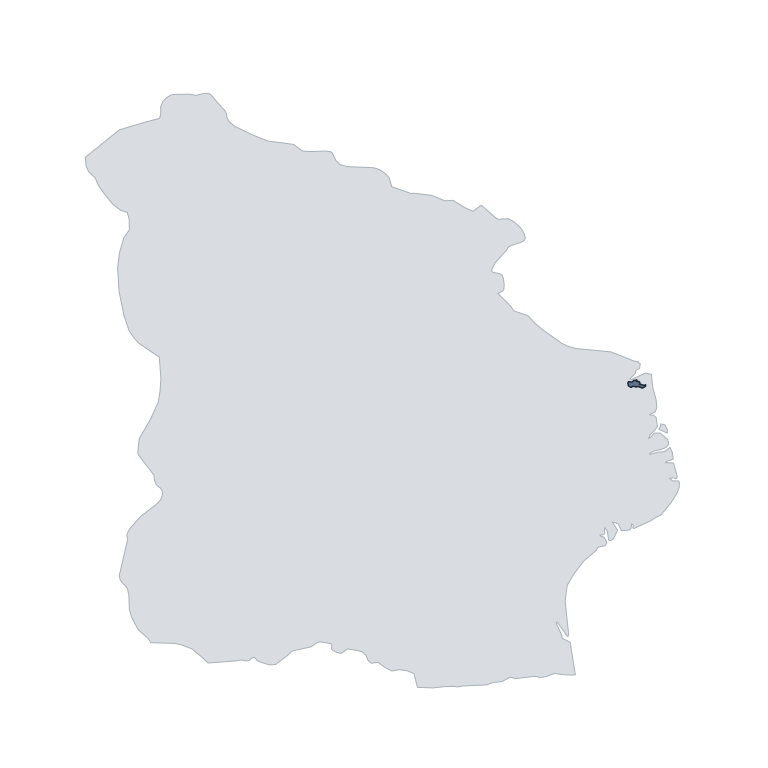 Okobo, Akwa Ibom, Nigeria shown in context, rotated 264°
{"feature_id": "59680162B18997887117478", "entity_name": "Okobo", "entity_type": "district", "adm_level": 2, "iso_a3": "NGA", "parent_name": "Nigeria", "parent_adm1": "Akwa Ibom", "projection": "robinson", "projection_center": [8.124, 4.821], "detail": "fine", "context": "in_parent", "style": "filled", "palette": "slate", "viewbox_px": 768, "rotation_deg": 264, "n_neighbors": 0, "source": "geoboundaries", "source_scale": "gbopen_adm2", "svg_char_len": 4601}
<svg xmlns="http://www.w3.org/2000/svg" viewBox="0 0 768 768"><g transform="rotate(264 384 384)"><path d="M640.6,110.5L664.5,147.5L669.6,175.0L671.6,188.5L675.5,190.1L682.9,190.9L688.3,193.6L691.6,198.1L693.6,202.3L694.0,204.8L692.5,221.2L690.7,227.2L691.8,235.3L691.5,238.8L690.7,241.2L687.4,243.9L683.0,246.6L672.3,254.4L669.2,255.6L664.7,255.8L660.8,257.8L656.2,262.0L646.3,277.8L637.9,293.6L631.7,319.2L624.2,327.2L622.9,334.3L621.8,350.3L620.6,355.1L619.4,356.6L611.3,359.6L606.7,363.3L603.9,370.5L600.4,395.1L599.1,399.2L596.5,403.5L592.3,408.1L588.8,410.6L579.4,412.3L570.6,430.8L570.5,434.1L566.7,450.9L559.9,463.6L559.4,471.8L550.9,482.9L546.5,490.5L551.1,498.5L551.4,499.7L536.8,513.2L535.9,515.2L535.4,524.5L534.2,527.0L531.5,530.4L527.6,534.1L523.6,537.1L519.0,539.1L514.6,539.8L512.2,538.6L510.8,535.8L508.3,524.5L507.1,522.0L504.2,519.8L493.0,507.3L486.1,502.9L484.6,503.2L483.5,504.4L481.6,510.7L479.7,513.0L476.1,513.8L469.8,513.9L465.3,513.0L464.2,511.8L462.0,506.8L448.0,518.2L443.1,520.8L436.9,534.3L428.1,541.0L422.0,546.8L405.7,565.2L402.4,570.6L399.2,578.6L392.2,613.1L380.9,634.7L379.4,639.2L378.8,639.1L377.3,641.0L372.9,639.8L371.0,635.8L368.3,635.1L363.6,629.3L362.6,630.2L367.5,645.1L365.7,650.9L351.9,651.0L340.1,653.0L331.9,652.8L327.8,650.7L326.0,645.1L325.3,645.7L324.9,648.7L322.3,651.1L313.1,651.5L309.1,647.7L305.8,643.4L302.3,641.5L302.9,643.3L306.9,647.5L306.4,653.5L299.0,660.4L294.3,660.8L291.4,657.8L289.9,652.9L289.2,645.7L287.3,641.0L286.2,641.0L287.5,648.8L287.5,656.1L291.0,661.8L285.7,663.6L279.2,663.8L278.4,661.7L277.6,657.0L276.4,655.7L275.1,663.7L261.8,665.9L259.9,665.6L259.5,664.1L260.5,661.9L260.3,658.3L257.4,661.1L256.9,666.6L255.2,667.5L250.2,666.7L244.7,663.9L235.7,656.9L224.7,645.6L222.9,640.5L219.8,634.3L214.1,617.2L215.1,616.4L217.7,617.3L218.9,615.7L214.3,614.5L213.4,613.3L213.1,609.5L213.3,604.8L220.2,602.4L221.8,599.6L222.8,596.8L214.2,601.0L206.3,596.2L204.5,593.2L205.4,591.0L214.7,590.8L217.9,588.6L215.9,587.9L212.4,587.9L211.1,586.5L211.2,583.0L210.1,583.7L208.6,586.9L203.2,589.2L200.0,586.9L199.7,581.8L199.0,579.5L196.4,577.7L187.0,564.1L175.1,552.9L164.6,545.1L148.7,541.4L115.4,541.5L113.6,540.5L115.6,538.7L118.5,537.5L129.3,531.2L127.5,530.4L116.3,534.3L112.5,534.7L107.6,542.2L74.8,543.9L74.9,540.4L76.4,530.5L78.4,523.6L76.2,515.3L75.7,507.8L77.1,505.4L77.5,502.6L77.3,483.3L79.0,480.4L79.1,478.4L75.7,470.2L75.8,463.9L75.1,457.8L74.0,455.0L75.4,431.4L75.0,425.6L76.1,421.4L76.7,411.2L76.6,401.3L78.8,385.6L92.9,383.5L96.3,377.3L98.3,369.5L97.7,361.8L102.2,355.0L107.8,349.0L107.6,342.4L109.1,340.4L111.7,338.9L115.5,338.1L119.6,334.8L122.0,329.1L124.3,319.9L120.7,313.5L120.8,312.1L122.2,308.6L124.4,305.2L126.2,304.1L130.2,305.0L131.5,303.6L134.2,293.5L134.0,290.7L130.2,283.9L128.2,265.6L127.1,263.2L124.2,259.8L116.4,246.9L116.6,240.8L119.9,232.9L122.1,229.1L125.1,227.0L125.7,225.2L124.8,223.0L123.3,221.4L123.0,217.8L124.5,212.9L124.1,207.6L124.9,179.9L131.3,174.4L140.6,165.4L145.4,156.0L147.9,148.8L151.1,125.1L156.0,122.5L165.3,113.8L177.9,108.8L186.1,107.2L200.5,108.2L207.8,107.4L214.0,102.7L216.8,101.3L220.7,100.5L256.5,112.9L259.8,112.3L262.5,113.2L267.0,116.4L277.5,127.9L288.6,145.7L292.0,149.5L295.5,151.6L299.0,152.4L301.6,152.1L304.2,150.4L307.7,147.0L312.9,145.5L317.2,145.8L339.6,132.1L341.7,132.0L355.4,134.9L374.1,148.6L389.4,157.5L400.1,160.5L412.7,162.7L434.2,163.3L450.4,144.1L456.4,139.9L463.6,136.1L478.7,132.6L503.6,130.2L527.1,131.2L541.7,134.5L557.1,140.8L563.7,146.8L574.1,147.8L581.6,146.6L584.0,140.6L591.4,132.8L602.6,125.6L611.8,120.5L619.3,118.2L626.0,112.5L631.3,110.6L640.6,110.5ZM314.0,659.1L308.9,661.0L305.6,660.5L310.2,652.7L312.5,654.4L315.4,655.1L314.0,659.1Z" fill="#d9dde1" stroke="#a8b0b8" stroke-width="1"/><path d="M360.7,627.5L360.2,627.2L360.0,626.8L358.9,626.6L358.0,626.9L356.8,626.8L355.2,628.7L354.8,629.6L355.6,630.9L355.7,631.6L355.7,631.8L355.1,633.6L354.9,633.8L354.9,634.0L354.7,634.4L354.7,634.5L354.6,634.8L354.9,635.3L355.0,635.6L354.9,635.8L355.0,637.0L354.3,637.8L354.2,637.8L354.2,638.5L353.8,639.2L353.2,639.6L353.0,640.5L353.2,641.4L353.5,641.9L353.6,642.1L353.7,642.6L354.1,642.8L354.5,643.9L354.8,644.0L355.2,644.1L355.6,644.0L355.8,644.0L355.6,642.8L355.6,642.7L355.8,641.5L355.9,641.2L356.3,640.7L356.5,640.1L356.7,639.9L356.6,639.2L356.9,638.7L357.1,638.2L357.9,638.6L358.4,638.5L358.5,638.4L358.9,638.5L359.6,638.1L359.5,637.7L359.9,637.1L359.8,636.9L359.9,636.6L360.2,635.7L361.1,636.0L361.5,635.8L361.7,635.4L361.1,635.0L361.6,632.9L360.6,631.8L360.0,631.0L360.0,630.9L360.7,627.5Z" fill="#64748b" stroke="#1e293b" stroke-width="1.5"/></g></svg>